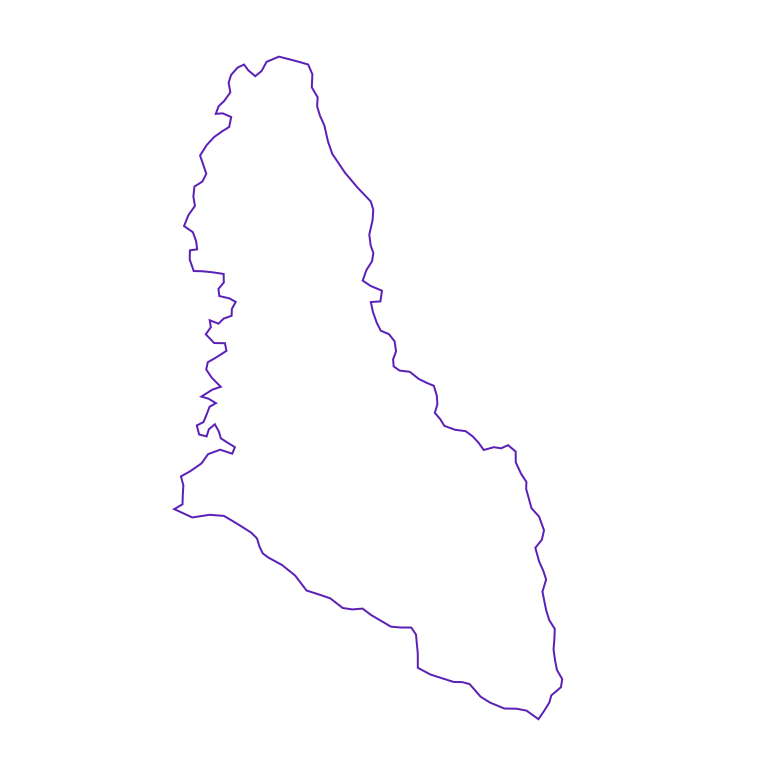 outline of Gavião Peixoto, São Paulo, Brazil, rotated 99°
{"feature_id": "56859067B58111401621977", "entity_name": "Gavião Peixoto", "entity_type": "district", "adm_level": 2, "iso_a3": "BRA", "parent_name": "Brazil", "parent_adm1": "São Paulo", "projection": "albers", "projection_center": [-48.456, -21.78], "detail": "fine", "context": "isolated", "style": "outline", "palette": "violet", "viewbox_px": 768, "rotation_deg": 99, "n_neighbors": 0, "source": "geoboundaries", "source_scale": "gbopen_adm2", "svg_char_len": 2520}
<svg xmlns="http://www.w3.org/2000/svg" viewBox="0 0 768 768"><g transform="rotate(99 384 384)"><path d="M690.9,179.0L681.8,174.7L672.8,170.9L665.3,170.0L655.8,161.8L647.6,161.8L639.3,168.5L630.6,171.7L619.7,175.0L608.6,175.9L599.2,177.0L591.3,183.9L581.7,188.6L564.4,195.0L551.7,193.3L543.5,197.5L535.1,203.0L522.1,208.9L513.1,203.7L503.4,203.1L490.7,210.1L483.6,218.9L473.0,223.7L465.4,227.2L458.5,228.0L451.3,234.5L440.8,241.6L430.1,243.4L425.0,251.9L429.2,258.3L429.2,265.5L433.6,275.2L427.5,281.1L421.8,288.3L417.8,296.0L418.1,306.7L415.9,317.8L409.8,323.1L404.5,329.3L395.7,328.1L387.0,330.1L378.0,334.5L376.2,341.9L373.6,350.4L367.9,360.5L368.3,370.7L365.1,377.2L358.2,378.9L349.9,377.2L340.2,380.2L334.0,386.9L331.9,395.5L324.5,400.8L314.4,406.3L305.1,409.8L303.0,400.5L292.2,400.6L289.2,412.7L285.2,421.2L274.3,419.2L264.6,415.0L256.3,415.0L249.1,418.9L238.7,421.9L223.8,420.9L213.4,421.9L205.8,425.6L194.3,440.7L181.6,455.4L164.8,471.1L153.1,477.3L137.9,483.4L128.9,489.3L120.2,493.5L111.2,494.4L102.3,501.7L89.3,503.2L80.3,508.9L78.7,522.0L77.1,539.0L84.2,550.4L93.9,553.8L100.1,559.3L95.5,567.0L90.4,572.2L94.4,578.1L102.7,583.4L110.7,584.6L120.0,581.4L129.4,586.1L135.5,590.8L143.5,592.4L141.9,585.6L144.2,576.7L154.3,577.1L159.4,583.0L166.5,590.3L175.7,596.5L187.1,601.4L204.1,592.4L212.4,595.0L218.6,602.1L228.7,601.6L237.7,598.6L247.8,603.6L259.3,606.2L264.0,596.5L272.3,591.9L280.2,589.6L282.4,596.6L291.4,595.4L302.2,589.6L301.1,581.5L300.5,571.3L300.4,559.6L308.8,558.1L316.0,562.4L322.9,560.4L323.6,550.2L326.1,543.3L333.7,546.0L340.5,545.2L344.4,552.5L350.3,556.9L348.3,566.1L355.0,563.9L362.8,567.8L370.1,558.1L368.6,547.5L375.9,544.8L384.6,554.6L390.0,561.4L397.4,561.9L404.7,555.2L412.3,544.8L416.3,552.5L425.0,562.4L426.0,554.9L429.2,547.0L433.7,552.7L442.6,554.6L449.9,556.4L454.2,562.4L462.8,558.7L463.5,551.0L456.1,549.9L450.2,544.8L456.6,539.8L463.2,536.6L466.1,530.1L469.7,521.4L476.6,523.0L474.5,535.5L480.8,546.8L490.9,551.8L500.6,561.9L507.0,570.1L515.6,566.3L524.8,565.4L534.3,564.2L540.4,571.6L545.8,552.5L540.5,535.9L539.3,521.5L544.4,508.7L548.5,499.0L551.6,491.9L556.4,485.3L564.7,481.2L570.4,477.1L573.7,470.6L578.7,456.5L587.1,441.8L600.1,428.2L602.5,412.7L604.1,403.6L611.7,389.7L611.6,380.0L609.2,370.0L614.3,360.4L622.6,339.2L621.9,329.5L620.3,318.9L626.5,313.2L644.8,308.5L659.0,306.2L663.7,292.6L664.8,285.6L667.4,268.5L666.2,259.9L667.0,252.5L677.8,239.6L682.2,229.1L685.7,214.4L684.0,202.3L684.3,192.2L690.9,179.0Z" fill="none" stroke="#5b21b6" stroke-width="2"/></g></svg>